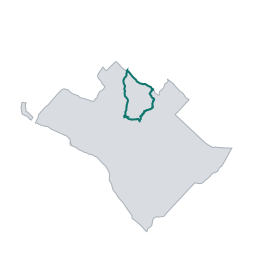 Lunda Sul on a map of Angola (Equal Earth projection), rotated 313°
{"feature_id": "AGO-1875", "entity_name": "Lunda Sul", "entity_type": "Province", "adm_level": 1, "iso_a3": "AGO", "parent_name": "Angola", "parent_adm1": "", "projection": "equal_earth", "projection_center": [20.634, -9.903], "detail": "fine", "context": "in_parent", "style": "outline", "palette": "teal", "viewbox_px": 256, "rotation_deg": 313, "n_neighbors": 0, "source": "natural_earth", "source_scale": "10m", "svg_char_len": 7695}
<svg xmlns="http://www.w3.org/2000/svg" viewBox="0 0 256 256"><g transform="rotate(313 128 128)"><path d="M190.6,123.7L190.8,125.5L191.1,128.0L191.2,129.9L191.4,130.7L191.4,131.1L191.2,131.6L191.1,132.7L190.8,133.7L190.6,134.3L190.8,135.6L190.5,139.3L190.5,141.1L190.8,144.3L190.8,145.3L189.9,148.3L189.7,149.8L189.6,150.6L190.5,152.8L190.5,153.2L189.8,153.3L189.2,153.4L169.9,153.4L169.8,191.2L169.8,194.4L170.4,198.6L171.6,203.3L172.0,203.7L173.2,204.5L174.7,206.3L175.6,207.6L177.4,209.9L179.8,212.8L184.1,217.7L169.6,221.3L164.0,222.6L163.5,222.6L162.7,222.1L160.9,222.0L158.8,222.7L157.1,222.9L155.9,222.6L154.7,221.9L153.5,221.1L151.5,220.7L148.6,221.0L145.8,220.8L143.1,220.2L141.2,220.0L140.0,220.1L138.8,219.9L137.5,219.4L136.4,218.5L135.0,216.7L134.0,214.9L133.7,214.7L133.4,214.4L133.1,214.3L127.3,214.2L92.2,214.2L88.2,214.5L87.9,214.4L87.3,214.2L87.0,213.8L85.8,212.8L84.8,212.0L83.4,210.8L82.5,209.4L81.8,208.9L80.5,208.7L79.5,208.4L78.7,208.4L77.3,209.0L76.2,209.7L75.5,210.3L74.2,211.0L73.1,211.8L71.1,211.7L70.7,211.8L69.6,211.7L68.6,211.1L67.6,211.2L66.4,212.0L64.8,212.3L65.1,207.1L65.5,204.7L65.4,202.0L65.1,194.8L64.8,193.8L64.6,192.7L65.6,191.8L66.1,191.1L66.8,190.0L67.2,188.3L67.8,184.6L69.8,176.1L70.7,167.8L71.9,163.9L72.4,159.5L75.9,153.8L76.8,150.2L78.6,148.5L81.2,146.7L83.1,143.4L83.9,141.2L84.9,136.8L84.9,132.3L85.5,126.2L85.3,124.5L84.3,122.1L84.1,120.3L83.2,118.6L82.2,117.3L81.7,115.1L80.0,111.4L79.5,109.0L78.7,107.3L78.6,105.2L78.1,102.9L77.3,100.7L76.4,98.1L76.4,97.3L76.9,96.3L77.4,96.0L77.2,96.5L76.9,97.1L77.0,97.5L80.2,93.0L80.4,92.2L80.2,91.2L80.2,90.0L80.3,88.6L77.3,80.3L74.8,72.6L74.4,68.7L71.2,63.6L70.0,60.2L69.2,57.9L68.7,57.0L68.9,56.6L69.7,56.5L71.5,55.9L74.0,55.3L76.3,54.0L76.9,53.4L78.1,53.2L79.3,53.6L79.8,53.3L80.1,53.3L83.0,53.3L84.2,53.2L86.4,53.3L87.8,53.4L88.6,53.5L90.8,53.8L93.5,53.7L94.5,53.6L98.0,53.5L104.7,53.3L108.2,53.4L110.8,53.4L112.1,53.9L113.2,54.8L113.7,55.6L113.9,56.0L114.2,56.9L114.8,57.6L115.1,58.7L114.9,60.1L115.0,61.9L115.3,64.0L116.1,66.1L117.2,68.4L117.7,70.2L117.5,71.5L117.9,73.0L118.7,74.4L119.3,75.2L119.7,75.8L120.6,78.1L123.7,84.5L124.1,84.8L124.8,84.7L126.2,84.4L127.6,84.3L128.6,84.9L129.0,84.8L130.5,83.7L132.0,83.4L133.6,83.0L134.4,82.5L135.3,82.5L137.9,83.4L138.4,83.4L140.4,83.4L142.5,82.9L142.8,79.3L142.8,78.6L143.3,77.2L143.9,76.0L144.0,74.8L144.0,73.3L144.4,71.4L145.8,69.9L148.1,69.1L149.3,69.0L151.4,68.6L154.4,68.2L155.5,68.2L155.6,68.4L155.0,71.1L155.0,71.9L155.2,72.8L155.7,73.2L161.8,73.3L167.7,73.6L168.0,73.8L168.2,74.0L168.6,75.3L168.5,77.8L168.0,81.5L168.2,85.0L169.2,88.2L169.2,93.1L168.4,99.8L168.3,104.0L168.7,105.8L169.7,107.6L171.1,109.5L172.3,112.0L173.1,115.1L173.3,117.0L173.1,117.8L173.1,119.2L173.4,121.1L173.1,122.4L172.3,123.1L172.0,123.9L172.4,125.6L172.5,127.2L173.1,128.2L173.5,128.2L174.3,127.7L175.2,126.7L176.0,126.2L177.1,126.3L178.6,126.6L181.4,126.7L182.2,126.5L184.7,125.1L185.4,125.0L186.4,125.2L187.8,125.6L189.2,125.6L189.9,125.2L190.0,124.7L190.2,123.9L190.6,123.7ZM76.9,36.0L76.7,36.3L75.6,36.9L74.3,37.5L72.7,39.8L71.9,40.9L71.7,41.1L70.9,41.7L70.4,42.2L70.4,42.5L70.8,42.8L71.1,43.3L71.1,47.2L71.0,51.0L70.8,51.3L69.7,51.4L68.4,51.7L67.9,51.9L67.8,51.5L67.3,50.1L67.6,48.8L67.9,47.8L67.5,45.8L66.8,44.0L66.1,41.7L65.9,41.2L66.5,40.5L67.4,38.9L67.8,38.1L68.9,37.9L69.3,37.3L69.6,36.4L69.7,35.8L70.9,35.4L72.3,34.6L73.2,33.7L74.0,33.2L74.5,33.1L74.8,33.4L75.8,34.9L76.6,35.8L76.9,36.0Z" fill="#d9dde1" stroke="#a8b0b8" stroke-width="1"/><path d="M169.3,88.1L169.2,88.1L169.2,88.3L169.3,88.7L169.6,89.2L169.7,89.8L169.6,90.4L169.4,91.5L169.5,91.6L169.4,92.0L169.3,92.5L169.0,94.4L169.0,94.5L168.9,94.9L168.8,95.3L168.7,96.4L168.7,97.1L168.6,98.7L168.7,100.1L168.7,100.7L168.6,101.3L168.2,102.2L168.2,102.7L168.1,103.0L168.1,103.3L168.3,103.6L168.5,104.3L168.6,105.5L168.7,106.1L169.0,106.7L169.6,107.6L169.8,108.1L170.0,108.0L170.0,107.9L170.1,108.4L170.2,108.8L170.8,109.7L170.9,109.8L171.0,109.8L171.0,109.7L171.3,109.9L171.7,110.3L171.9,110.5L172.0,110.8L172.0,111.3L172.2,112.1L172.3,112.7L172.4,112.8L172.3,113.3L172.5,113.9L172.8,114.6L172.9,115.2L173.2,115.8L173.3,116.2L173.4,116.5L173.5,116.6L173.4,116.8L173.4,117.1L173.3,117.4L173.1,117.9L173.0,118.2L173.0,118.5L173.3,118.9L173.4,119.2L173.4,119.8L173.4,120.0L173.0,120.2L172.7,120.2L172.3,120.0L172.2,119.9L171.6,119.7L171.3,119.7L171.2,119.7L171.0,119.8L170.9,119.9L170.9,120.0L170.7,120.0L169.0,120.3L168.4,120.2L168.2,120.2L168.1,120.3L167.9,120.5L167.7,120.9L167.6,121.3L167.6,121.8L167.5,122.0L167.5,122.8L167.5,123.0L167.4,123.1L167.1,123.4L167.0,123.5L166.8,123.9L166.8,124.0L166.8,124.3L166.7,124.6L166.7,125.0L166.6,125.3L166.6,125.5L166.7,125.9L166.8,126.0L166.8,126.3L167.0,126.3L167.0,126.5L167.0,126.8L167.0,127.3L166.9,127.4L166.6,127.6L166.0,128.0L165.9,128.0L165.6,128.0L165.4,128.0L165.4,127.9L165.2,127.9L164.9,127.9L164.8,128.1L164.7,128.2L164.7,128.3L164.0,128.4L163.8,128.6L163.3,128.8L162.8,129.1L162.6,129.2L162.2,129.3L162.1,129.5L161.9,129.8L161.8,130.0L161.7,130.1L161.5,130.3L161.4,130.5L161.2,130.8L160.8,130.8L160.7,130.8L160.4,131.1L160.1,131.3L160.1,131.5L160.2,131.8L160.2,132.0L159.7,132.1L158.8,132.0L158.6,132.0L158.5,131.9L158.4,131.9L158.1,131.9L157.5,131.6L157.4,131.6L157.2,131.6L157.0,131.4L156.9,131.2L156.7,131.2L156.4,131.2L156.0,130.9L155.9,130.8L155.5,130.7L155.4,130.6L155.2,130.4L154.9,130.3L154.6,130.2L154.4,130.0L154.3,129.8L154.2,129.7L153.9,129.5L153.8,129.4L153.6,129.3L153.4,129.4L153.3,129.5L153.2,129.5L153.0,129.4L152.9,129.4L152.7,129.4L152.5,129.1L152.4,129.0L152.1,128.9L151.9,128.8L151.7,128.6L151.4,128.5L151.4,128.4L151.2,128.4L151.1,128.5L150.9,128.7L150.9,128.8L150.7,129.1L150.5,129.3L150.4,129.4L150.1,129.4L149.8,129.2L149.7,129.1L149.4,129.1L149.1,129.1L148.9,129.3L148.9,129.5L148.7,129.6L148.4,129.6L148.2,129.3L148.2,129.2L147.9,129.1L147.7,129.0L147.3,129.5L147.2,129.5L146.8,129.7L146.6,129.8L146.4,129.7L145.9,129.4L145.5,129.0L145.3,129.0L144.9,129.1L144.8,129.3L144.7,129.5L144.6,129.8L144.3,130.2L144.2,130.4L143.9,130.6L143.8,130.8L143.2,131.2L142.5,131.2L142.3,131.1L142.2,131.1L141.9,131.1L141.7,131.4L141.6,131.5L141.0,131.8L141.0,131.5L141.1,130.9L141.2,130.6L141.3,130.2L141.5,129.6L141.5,129.2L141.3,128.9L141.1,128.7L140.8,128.5L140.2,128.3L140.0,128.2L139.7,127.9L139.2,127.3L138.7,126.8L136.5,124.9L136.5,124.5L136.3,124.2L136.2,124.0L135.6,123.3L135.4,123.0L135.3,122.7L135.2,122.3L135.1,122.0L135.1,121.2L134.9,121.0L134.9,120.9L135.0,120.8L135.4,120.8L135.4,120.7L135.4,120.4L135.5,120.4L135.4,120.3L135.5,120.2L135.4,119.8L135.5,119.7L135.4,119.6L135.3,119.4L135.3,119.2L135.1,119.4L134.9,119.2L134.7,119.0L134.5,118.9L134.4,118.7L134.3,118.2L134.2,118.0L134.1,117.8L133.8,117.7L133.6,117.7L133.8,117.4L133.5,117.1L133.3,117.0L135.2,117.1L135.9,116.9L136.9,116.3L137.1,116.0L137.6,115.4L137.9,115.1L138.2,115.0L138.4,114.9L139.5,114.7L140.2,114.4L140.5,114.2L141.3,113.3L141.6,113.0L141.8,112.9L142.6,112.6L143.1,112.1L143.5,111.6L143.9,111.4L144.9,111.1L145.2,110.9L145.5,110.7L145.8,110.3L147.3,109.8L148.0,109.3L148.4,108.6L148.8,107.9L148.9,107.5L149.0,107.2L149.2,104.4L149.3,104.0L149.4,103.8L149.5,103.7L149.7,103.4L151.3,101.6L151.8,101.3L152.1,101.1L152.7,101.0L153.0,100.8L153.2,100.5L153.3,100.2L153.5,99.6L153.6,99.3L153.7,99.0L153.8,98.8L155.5,97.9L156.2,97.5L156.6,97.2L156.9,96.9L157.0,96.5L157.1,95.8L157.3,95.5L157.6,94.7L158.1,93.9L158.9,93.2L159.2,92.6L159.6,92.2L159.9,92.0L160.1,91.9L160.6,91.9L160.8,91.8L161.4,91.5L161.7,91.4L161.9,91.4L162.5,91.3L163.0,91.3L163.5,91.4L164.2,91.4L165.6,91.0L165.8,90.8L165.9,90.6L166.0,90.4L166.3,90.1L166.6,89.8L167.3,89.5L168.1,89.3L168.3,89.1L168.5,88.8L168.7,88.5L169.3,88.1L169.3,88.1Z" fill="none" stroke="#0f766e" stroke-width="2"/></g></svg>